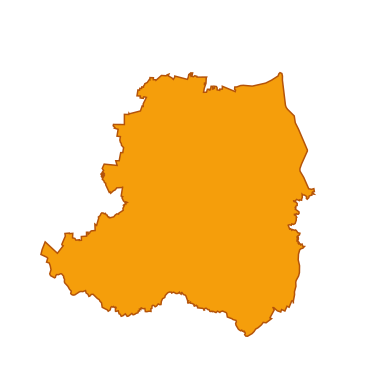 Tres Valles, Veracruz, Mexico, rotated 196°
{"feature_id": "50627088B63503421753996", "entity_name": "Tres Valles", "entity_type": "district", "adm_level": 2, "iso_a3": "MEX", "parent_name": "Mexico", "parent_adm1": "Veracruz", "projection": "natural_earth1", "projection_center": [-96.161, 18.292], "detail": "fine", "context": "isolated", "style": "filled", "palette": "amber", "viewbox_px": 384, "rotation_deg": 196, "n_neighbors": 0, "source": "geoboundaries", "source_scale": "gbopen_adm2", "svg_char_len": 5867}
<svg xmlns="http://www.w3.org/2000/svg" viewBox="0 0 384 384"><g transform="rotate(196 192 192)"><path d="M179.8,304.7L179.4,302.5L178.2,302.0L178.1,300.4L192.0,302.0L191.2,299.3L193.7,298.5L193.4,297.3L196.0,297.1L196.6,299.1L197.6,300.1L199.9,299.8L199.1,297.8L200.3,296.7L201.4,299.3L202.8,298.9L202.4,295.4L203.3,294.8L203.4,295.6L205.5,295.0L205.6,291.9L208.4,291.0L208.8,295.2L208.6,299.1L209.7,298.8L210.0,300.1L208.6,300.6L209.7,305.3L209.6,306.5L218.8,303.8L219.1,304.5L221.4,304.5L222.4,303.2L224.0,303.1L224.2,306.6L225.8,306.2L225.5,303.6L226.3,304.4L226.5,305.4L227.5,304.0L227.2,301.3L227.5,299.0L240.5,298.7L240.3,297.5L241.0,295.1L242.7,296.1L246.9,297.1L246.7,298.9L248.2,297.8L248.9,296.6L253.5,295.6L257.5,289.3L258.1,289.8L260.2,289.3L260.6,291.2L263.9,290.4L263.5,288.5L263.9,288.7L265.2,284.9L267.2,283.1L267.2,282.1L267.8,280.2L267.6,279.4L269.2,279.2L269.0,277.6L270.7,277.3L270.5,275.4L272.1,275.2L271.4,269.3L268.1,270.0L267.8,268.2L266.3,268.3L264.6,268.6L264.7,270.0L264.4,270.3L261.9,270.4L263.2,263.3L262.5,260.8L263.3,260.7L263.6,261.6L263.9,255.7L273.9,249.8L274.3,250.2L274.2,249.1L278.4,248.0L275.6,238.2L286.1,235.3L286.0,233.9L283.9,232.7L284.2,232.0L280.3,231.9L279.5,225.0L276.1,225.5L275.7,222.1L274.5,220.0L273.4,219.2L272.6,217.4L270.0,215.8L269.4,210.8L271.4,210.2L270.6,202.0L273.9,201.0L271.3,196.9L284.1,194.6L284.8,189.9L282.9,188.3L283.7,186.3L283.4,186.1L284.5,184.1L283.6,183.2L282.3,186.0L281.4,185.5L283.3,181.9L282.4,181.3L280.7,184.8L281.8,179.6L279.7,178.4L278.8,177.0L277.4,176.6L276.8,175.0L271.4,168.8L270.7,169.5L269.8,168.4L267.8,171.6L266.5,172.7L265.4,175.3L260.0,177.2L260.1,178.2L259.0,168.6L257.3,168.4L257.7,167.1L255.5,164.6L253.6,163.6L253.1,164.3L251.4,164.1L252.6,162.9L252.4,162.2L252.9,162.3L254.2,160.5L253.3,160.3L253.9,157.3L253.1,155.4L256.5,151.5L256.5,150.5L258.2,150.3L259.6,148.5L260.3,146.6L263.9,144.5L264.2,144.9L265.0,144.6L265.3,145.1L266.3,145.1L267.1,146.4L268.1,146.4L269.4,147.6L270.4,146.8L271.2,147.3L272.9,147.1L273.6,145.8L273.7,144.1L275.1,142.1L274.5,141.4L274.5,133.6L276.5,134.4L274.5,128.3L278.0,126.9L279.0,125.7L279.0,124.7L280.1,122.8L280.8,124.7L282.3,124.2L281.2,120.5L286.1,118.7L285.0,115.1L287.0,114.4L287.2,115.0L290.3,113.7L291.8,115.1L294.2,115.0L295.2,119.4L298.4,118.2L298.6,118.7L302.7,117.1L301.6,114.6L302.7,105.8L302.1,105.1L301.0,104.8L304.5,96.0L319.4,103.6L320.2,95.5L320.0,90.3L313.7,89.3L312.4,88.6L312.5,84.5L309.7,84.4L308.0,82.1L306.1,78.4L306.2,74.1L304.9,72.6L300.5,71.6L299.8,72.2L299.9,74.0L299.4,75.3L297.6,75.7L295.8,77.2L294.8,77.4L292.2,75.7L291.8,74.4L290.5,73.0L289.9,70.4L289.2,69.5L285.3,67.1L282.8,64.6L281.2,63.8L280.7,63.1L280.6,61.0L279.6,60.3L277.9,60.1L276.3,60.8L272.7,65.0L271.3,65.8L269.5,66.1L267.2,67.9L266.0,65.8L263.8,65.0L262.3,63.2L261.5,63.8L260.6,65.8L258.9,66.4L253.5,63.5L251.6,63.0L250.2,61.5L248.5,60.6L246.5,56.4L240.8,55.3L239.7,54.3L238.2,56.0L238.2,58.7L237.6,59.7L236.7,59.5L235.9,60.3L235.2,59.7L233.6,60.3L233.0,59.7L233.6,59.0L232.7,56.3L232.2,56.2L230.2,57.5L228.5,54.8L227.3,54.7L225.8,53.0L224.3,54.0L222.5,56.5L220.1,54.6L218.8,55.3L216.3,58.7L214.8,57.7L213.2,58.7L212.9,59.4L210.6,61.1L210.8,62.8L209.6,63.2L210.2,64.9L208.8,65.0L209.3,65.8L208.9,66.6L206.9,66.3L205.2,67.0L203.9,64.2L202.4,64.5L200.4,65.6L198.5,65.9L199.4,68.4L198.5,69.0L199.0,71.5L198.4,72.3L197.3,72.4L195.8,71.5L194.7,72.6L193.6,75.1L191.9,74.8L190.8,75.3L191.3,78.4L190.9,81.3L189.1,83.1L189.2,85.1L187.6,88.4L186.0,89.7L184.1,90.0L183.7,89.3L182.0,90.7L179.6,90.0L178.5,90.2L177.5,90.7L176.5,92.2L175.9,91.4L174.3,90.8L174.4,92.4L174.1,92.6L172.0,91.1L170.1,91.0L169.2,90.4L166.1,86.1L165.6,86.3L165.9,85.0L165.2,84.1L163.4,85.5L163.4,84.8L162.9,84.7L161.3,84.9L158.9,84.4L158.8,83.2L158.1,83.0L156.6,84.3L155.8,83.6L155.2,83.7L154.7,82.2L149.6,83.1L148.7,82.8L147.9,81.7L147.5,82.0L147.9,82.4L147.4,83.7L146.4,84.2L144.1,83.3L143.1,83.6L141.9,82.2L140.8,82.3L140.0,83.0L139.2,82.6L138.6,83.1L135.7,82.7L134.6,84.5L132.0,83.9L131.6,84.8L129.8,86.0L126.0,85.5L125.2,84.9L123.6,81.6L118.8,81.2L117.4,80.7L114.3,80.7L113.5,79.3L113.9,77.9L113.0,76.1L109.5,72.8L107.1,72.0L106.1,72.9L105.3,72.1L103.5,72.5L103.4,71.8L102.5,71.8L101.8,70.8L102.1,69.4L100.5,68.3L99.7,68.5L98.8,68.7L95.2,72.5L93.9,74.9L93.0,77.8L91.1,79.7L88.6,83.5L87.6,86.3L84.7,86.7L80.6,92.2L82.4,92.5L80.5,101.1L82.2,103.2L81.6,103.4L77.2,101.3L73.6,101.1L73.5,103.7L69.9,103.2L69.2,108.4L66.9,108.0L66.1,114.8L64.9,115.4L63.8,112.8L64.5,115.0L65.1,121.5L66.0,124.3L66.1,130.0L67.4,133.8L67.5,135.6L66.4,140.6L66.5,144.1L68.3,150.8L71.2,156.0L72.5,161.6L72.5,166.1L71.8,167.3L69.9,168.6L68.9,170.6L70.4,170.3L71.9,172.3L72.9,171.1L73.8,172.0L75.0,171.4L75.9,172.2L74.9,172.7L75.2,173.1L76.4,173.8L77.6,173.8L77.9,176.3L77.1,174.8L76.8,175.1L76.8,176.2L77.4,177.9L77.7,178.0L78.4,177.2L78.7,177.7L78.5,178.6L76.9,180.4L76.9,182.1L79.0,182.0L81.2,183.8L82.2,184.0L82.5,183.5L85.2,183.6L85.5,182.8L87.0,183.9L87.9,183.3L90.4,186.6L89.5,187.4L87.4,187.4L87.3,188.8L85.4,188.8L84.2,190.2L84.0,193.5L84.7,196.1L84.3,196.5L85.7,198.0L87.2,198.2L87.4,198.8L86.2,199.2L85.6,200.0L85.0,199.6L83.6,200.0L83.2,201.1L83.7,202.4L88.0,204.0L87.7,205.3L88.5,205.6L88.1,207.2L87.2,208.0L87.7,209.9L89.4,211.0L91.4,211.0L91.7,211.5L90.3,211.7L89.4,213.7L86.5,213.3L86.4,214.1L84.4,214.3L84.7,215.9L84.4,216.9L85.5,220.2L84.6,219.7L83.1,220.1L80.5,219.2L80.4,217.5L79.3,216.8L78.2,218.7L78.2,220.6L75.9,222.1L76.3,222.9L76.0,223.3L74.1,223.6L76.3,224.7L76.2,225.2L74.5,226.1L75.8,228.8L77.8,227.5L80.7,227.3L88.6,236.8L93.8,241.7L94.4,243.0L94.7,244.4L94.4,249.3L92.4,263.1L92.7,264.2L107.0,281.8L111.8,287.0L114.7,293.3L122.9,297.8L124.8,299.3L126.1,301.2L135.9,324.4L137.0,328.4L138.3,330.7L140.3,331.0L141.1,329.5L141.2,327.3L146.4,321.4L151.2,317.0L163.2,310.4L172.0,308.7L174.7,307.7L177.8,305.4L179.8,304.7Z" fill="#f59e0b" stroke="#b45309" stroke-width="1.5"/></g></svg>